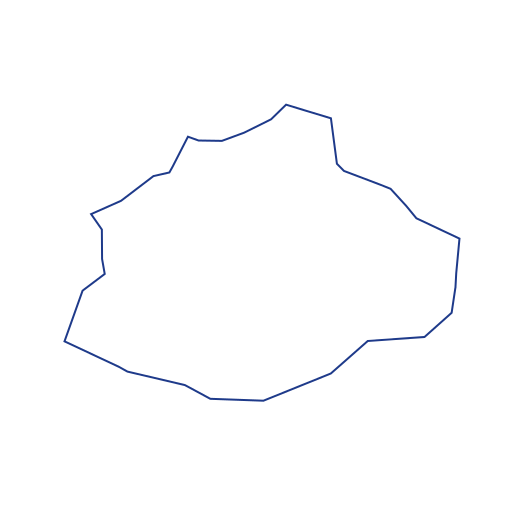 outline of Bu'rd, Övörhangay, Mongolia, rotated 350°
{"feature_id": "93677404B24392895024696", "entity_name": "Bu'rd", "entity_type": "district", "adm_level": 2, "iso_a3": "MNG", "parent_name": "Mongolia", "parent_adm1": "Övörhangay", "projection": "orthographic", "projection_center": [103.904, 47.077], "detail": "fine", "context": "isolated", "style": "outline", "palette": "blue", "viewbox_px": 512, "rotation_deg": 350, "n_neighbors": 0, "source": "geoboundaries", "source_scale": "gbopen_adm2", "svg_char_len": 620}
<svg xmlns="http://www.w3.org/2000/svg" viewBox="0 0 512 512"><g transform="rotate(350 256 256)"><path d="M407.9,365.0L438.8,345.9L446.7,322.3L446.9,321.9L450.2,307.7L459.4,274.2L420.5,246.7L412.6,232.7L400.2,213.2L391.0,207.5L357.4,187.5L351.7,179.2L353.7,133.4L328.6,120.7L311.9,112.2L294.6,124.0L265.7,132.5L242.4,136.7L219.5,132.3L209.7,126.7L189.5,153.4L185.2,158.7L168.9,159.5L132.7,178.2L100.9,186.1L108.8,203.2L103.9,232.2L103.9,247.4L79.2,260.0L52.6,306.8L101.8,341.4L109.3,347.5L163.6,370.8L186.2,388.7L238.2,399.8L309.3,384.7L351.3,359.1L407.9,365.0Z" fill="none" stroke="#1e3a8a" stroke-width="2"/></g></svg>